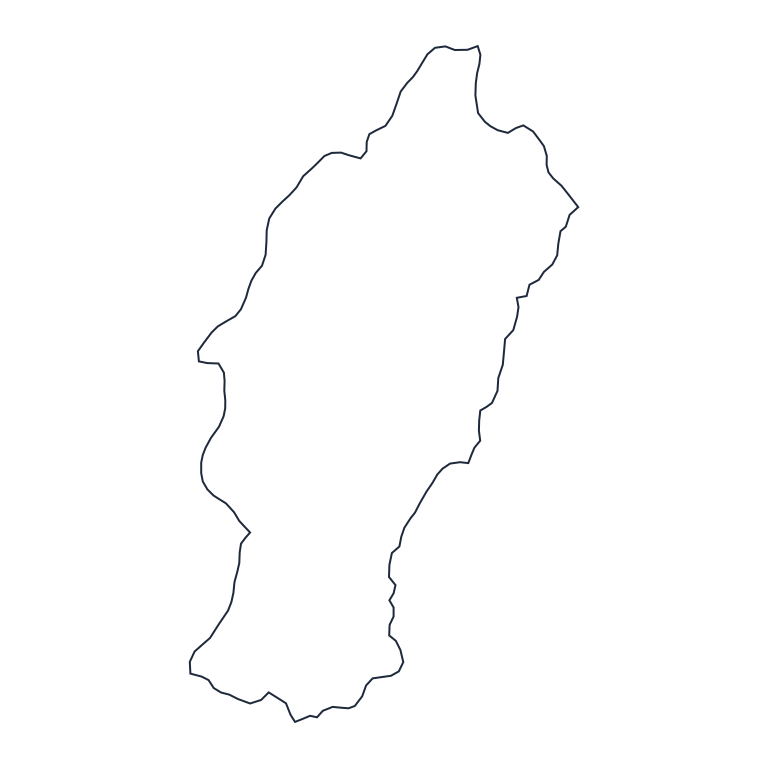 the district of Mamonas, Minas Gerais, Brazil
{"feature_id": "56859067B5386704996076", "entity_name": "Mamonas", "entity_type": "district", "adm_level": 2, "iso_a3": "BRA", "parent_name": "Brazil", "parent_adm1": "Minas Gerais", "projection": "equal_earth", "projection_center": [-42.956, -15.015], "detail": "fine", "context": "isolated", "style": "outline", "palette": "slate", "viewbox_px": 768, "rotation_deg": 0, "n_neighbors": 0, "source": "geoboundaries", "source_scale": "gbopen_adm2", "svg_char_len": 2367}
<svg xmlns="http://www.w3.org/2000/svg" viewBox="0 0 768 768"><path d="M303.2,176.2L296.6,187.3L289.5,195.1L282.4,201.6L275.4,208.6L269.3,218.4L266.7,230.2L266.4,242.5L265.6,254.8L262.0,265.7L255.8,272.9L251.4,280.7L248.4,289.0L246.0,297.7L240.9,309.3L235.4,316.1L226.6,321.1L217.8,326.4L211.6,332.5L204.0,342.6L197.9,351.2L198.9,361.4L207.4,363.1L218.5,363.5L223.9,372.7L224.6,381.1L224.3,390.6L225.3,400.4L225.2,408.4L223.6,416.3L219.0,426.7L211.0,437.8L205.6,447.7L202.8,454.9L201.2,462.7L201.2,473.2L202.8,481.5L207.4,489.4L213.5,495.5L219.1,499.1L226.0,503.4L234.1,512.3L239.3,521.0L244.5,526.6L250.1,532.5L245.5,537.7L241.0,543.7L239.7,552.4L239.3,563.0L237.3,571.7L234.5,582.0L233.4,592.9L231.4,602.0L228.1,610.5L218.7,624.4L210.0,638.0L202.5,644.5L194.6,651.5L189.8,661.8L190.4,673.6L201.7,676.6L208.6,680.1L213.8,688.1L221.0,692.5L229.2,694.6L237.9,699.0L250.1,703.5L261.2,699.9L268.7,692.4L276.2,697.1L286.0,703.3L290.5,714.7L295.0,721.9L301.2,719.5L310.1,715.8L317.0,717.3L322.8,710.8L332.6,706.9L341.0,707.7L348.5,708.3L354.8,706.0L362.2,696.3L366.1,685.4L372.6,678.4L382.1,677.0L390.9,675.8L398.8,671.4L403.3,662.1L400.4,650.0L395.8,640.8L389.2,635.5L389.6,624.9L393.6,616.5L393.6,607.5L389.4,600.3L393.6,593.3L395.5,585.1L389.0,577.0L389.4,564.9L391.9,553.0L399.4,546.5L401.3,536.7L404.4,527.7L410.5,518.3L415.0,512.6L419.9,503.1L426.5,491.6L432.6,482.7L437.3,474.5L442.5,468.7L450.0,463.6L460.0,462.2L468.3,463.1L471.1,455.7L474.4,447.7L480.2,440.7L478.9,430.6L479.2,420.5L480.3,410.5L486.4,407.0L492.0,402.9L497.5,390.8L498.3,378.0L502.8,364.8L504.1,350.5L505.1,339.0L513.3,330.1L517.1,316.6L518.5,307.1L516.8,297.8L526.6,296.0L529.5,284.7L538.7,279.9L543.9,271.9L552.3,264.5L557.2,255.3L558.3,243.8L560.5,231.2L565.8,226.7L569.6,214.9L578.2,207.1L569.6,196.0L561.6,185.9L553.3,178.5L548.5,172.4L546.6,164.9L546.8,156.0L543.9,146.1L539.7,140.3L533.1,131.5L523.3,125.4L515.8,128.1L507.9,132.9L497.7,130.2L490.4,126.2L484.9,121.8L478.1,113.1L475.4,95.5L475.8,83.2L477.1,73.3L479.4,64.0L480.4,54.8L477.7,46.1L467.5,49.8L454.8,50.0L445.4,46.4L435.0,47.8L427.4,54.3L422.3,62.7L417.3,71.0L412.8,77.2L407.3,82.8L400.7,91.5L396.5,103.9L392.3,115.8L385.4,125.9L376.5,130.2L369.4,134.1L366.7,142.0L366.5,151.2L360.6,158.4L349.2,155.3L341.0,152.6L331.8,152.9L324.4,156.0L317.8,162.7L312.0,168.3L303.2,176.2Z" fill="none" stroke="#1e293b" stroke-width="2"/></svg>